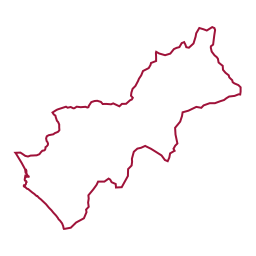 the district of Sanaga-Maritime, Littoral, Cameroon
{"feature_id": "32672807B95558278906476", "entity_name": "Sanaga-Maritime", "entity_type": "district", "adm_level": 2, "iso_a3": "CMR", "parent_name": "Cameroon", "parent_adm1": "Littoral", "projection": "albers", "projection_center": [10.208, 3.947], "detail": "fine", "context": "isolated", "style": "outline", "palette": "rose", "viewbox_px": 256, "rotation_deg": 0, "n_neighbors": 0, "source": "geoboundaries", "source_scale": "gbopen_adm2", "svg_char_len": 3065}
<svg xmlns="http://www.w3.org/2000/svg" viewBox="0 0 256 256"><path d="M240.6,91.7L240.6,87.3L238.4,85.1L234.4,83.4L232.7,82.2L232.2,80.2L230.4,78.5L229.3,77.4L228.7,75.3L225.5,72.8L223.0,69.8L222.7,65.8L220.9,64.4L218.6,62.5L217.9,58.7L216.7,57.1L214.5,55.3L211.7,51.6L210.8,47.8L210.9,46.3L213.1,44.6L214.3,35.1L215.1,30.0L214.4,28.1L212.2,27.1L206.8,30.5L203.6,29.3L199.3,28.0L196.2,33.3L195.6,36.7L193.5,43.5L188.9,47.7L186.3,47.2L185.3,44.4L184.1,42.1L181.7,43.1L179.4,47.1L177.3,47.7L176.7,47.8L173.9,49.1L170.3,53.6L165.1,55.2L159.2,53.5L158.6,53.2L156.2,51.8L155.9,52.8L156.1,56.6L156.1,61.0L151.0,63.0L150.5,65.0L148.7,68.1L143.0,71.0L141.2,75.4L139.2,78.4L138.8,79.1L138.1,80.9L135.4,86.0L133.9,87.5L132.6,88.8L131.4,92.6L131.0,95.7L132.8,97.8L131.8,99.5L130.0,100.3L126.1,103.8L121.9,103.9L119.4,106.3L117.9,105.6L113.2,103.4L111.0,104.3L106.2,103.9L102.7,104.0L100.9,101.9L97.3,100.8L94.6,101.0L91.3,102.1L88.8,105.9L88.4,107.2L87.3,107.5L85.5,106.8L80.7,107.2L76.7,106.7L74.4,108.2L73.3,108.3L70.7,107.0L69.0,107.4L67.6,107.7L66.0,106.7L60.5,108.5L58.9,109.0L57.2,109.6L55.6,110.5L54.4,111.3L52.5,112.5L53.8,114.5L55.4,115.6L55.8,117.4L56.3,118.8L56.9,120.7L58.1,122.0L59.2,124.5L59.2,127.4L59.4,130.1L58.2,131.7L56.7,132.4L54.9,133.1L53.3,134.3L48.7,135.2L46.8,136.3L46.1,138.4L46.6,141.0L47.4,142.0L48.0,143.5L47.9,144.8L47.2,145.8L46.5,146.5L45.5,147.2L45.4,148.8L44.9,149.9L44.0,150.5L42.4,150.7L41.0,152.1L39.4,154.2L36.7,155.3L30.5,155.6L28.0,156.5L25.3,155.9L22.4,153.9L20.4,152.6L15.4,152.8L16.0,153.6L18.3,157.4L21.7,163.0L25.1,169.3L25.6,172.7L25.9,173.0L26.0,172.2L26.0,171.8L25.9,170.6L26.2,170.3L26.4,170.9L26.4,173.3L27.4,175.2L26.6,175.3L26.7,176.0L28.3,176.1L28.7,176.4L28.6,176.8L27.1,176.7L26.4,176.5L25.7,177.3L25.5,175.5L25.4,175.5L24.9,178.2L24.7,179.6L24.9,180.5L25.8,180.8L26.3,181.4L26.6,182.1L26.1,182.6L25.9,184.0L24.6,186.0L24.3,185.3L24.1,185.2L23.8,185.7L23.8,186.2L24.0,186.5L24.8,186.9L25.0,186.7L26.3,188.1L27.3,188.9L28.1,189.0L32.3,192.5L34.3,193.9L36.1,195.6L36.8,196.1L37.3,196.0L39.1,198.0L40.7,199.2L40.8,199.3L46.0,204.2L48.9,207.7L51.4,210.2L53.4,212.7L53.6,212.9L56.1,215.6L57.9,218.0L58.6,219.3L60.0,220.6L62.1,223.4L63.2,226.2L63.6,228.3L63.9,228.9L64.9,228.8L70.8,227.7L75.7,222.9L76.1,222.5L83.9,218.3L86.5,212.2L86.1,209.6L88.7,206.8L88.1,202.6L88.7,198.6L88.4,195.3L93.2,189.5L95.9,185.8L96.6,184.8L98.1,181.6L104.4,181.6L108.6,178.6L110.2,179.6L111.6,182.2L115.7,184.0L116.0,187.5L121.7,187.2L127.9,176.0L128.1,169.1L131.6,165.5L132.1,161.7L131.9,158.8L132.6,156.2L133.8,151.8L135.0,150.7L137.4,148.6L141.0,147.8L145.2,145.9L145.7,146.2L151.0,148.8L155.5,151.6L161.5,155.4L164.9,160.0L167.7,161.2L169.3,157.6L170.1,153.4L173.8,151.2L174.6,150.8L173.5,148.8L175.2,145.7L177.4,143.5L175.5,134.5L175.1,127.8L178.5,123.7L180.2,121.6L180.8,119.7L182.0,116.1L182.6,112.3L188.4,110.7L196.3,106.9L201.3,107.8L203.6,105.4L209.7,103.2L214.9,103.2L220.3,101.2L224.1,100.0L225.1,99.2L226.4,98.2L229.2,96.5L230.3,96.4L234.6,95.9L238.6,94.3L240.2,94.5L240.6,91.7Z" fill="none" stroke="#9f1239" stroke-width="2"/></svg>